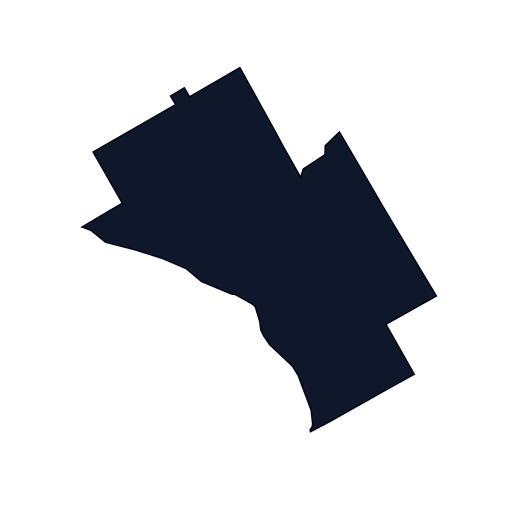 Cuyahoga, Ohio, United States of America, rotated 240°
{"feature_id": "52423323B65833811425835", "entity_name": "Cuyahoga", "entity_type": "district", "adm_level": 2, "iso_a3": "USA", "parent_name": "United States of America", "parent_adm1": "Ohio", "projection": "natural_earth1", "projection_center": [-81.685, 41.453], "detail": "fine", "context": "isolated", "style": "filled", "palette": "ink", "viewbox_px": 512, "rotation_deg": 240, "n_neighbors": 0, "source": "geoboundaries", "source_scale": "gbopen_adm2", "svg_char_len": 847}
<svg xmlns="http://www.w3.org/2000/svg" viewBox="0 0 512 512"><g transform="rotate(240 256 256)"><path d="M248.8,390.6L257.6,390.6L306.2,390.3L321.7,390.2L316.9,371.1L309.3,366.4L307.7,340.5L301.7,334.0L339.1,334.4L350.6,334.8L391.6,335.6L427.2,336.2L427.1,278.1L437.5,278.0L437.3,262.0L427.3,262.1L427.5,166.9L368.6,166.6L368.5,152.7L368.1,119.8L360.9,125.8L343.1,132.6L330.8,145.2L323.0,153.2L300.6,173.8L280.0,189.2L270.1,192.8L261.0,196.1L235.4,215.7L233.4,218.3L233.0,218.8L216.0,228.9L212.4,230.0L197.9,226.6L197.7,226.6L189.6,223.2L182.4,222.7L182.2,222.8L172.3,223.5L156.7,228.2L143.7,232.1L142.1,232.5L131.7,232.8L95.0,226.7L82.4,221.2L79.9,219.2L78.5,216.0L76.6,215.3L75.7,237.0L75.0,306.8L74.5,333.9L131.9,334.4L131.2,392.2L154.9,391.8L173.9,391.5L236.5,390.6L248.8,390.6Z" fill="#0f172a" stroke="#020617" stroke-width="1.5"/></g></svg>